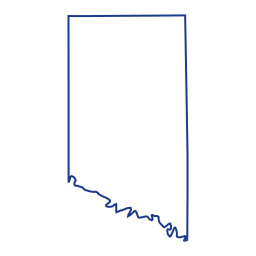 Matacos, Formosa, Argentina
{"feature_id": "61730980B89566951406384", "entity_name": "Matacos", "entity_type": "district", "adm_level": 2, "iso_a3": "ARG", "parent_name": "Argentina", "parent_adm1": "Formosa", "projection": "robinson", "projection_center": [-62.047, -23.907], "detail": "fine", "context": "isolated", "style": "outline", "palette": "blue", "viewbox_px": 256, "rotation_deg": 0, "n_neighbors": 0, "source": "geoboundaries", "source_scale": "gbopen_adm2", "svg_char_len": 2688}
<svg xmlns="http://www.w3.org/2000/svg" viewBox="0 0 256 256"><path d="M68.5,16.0L68.6,111.3L68.6,180.5L68.6,182.5L69.9,179.1L70.5,176.7L71.7,176.1L72.7,176.6L73.4,176.9L73.9,177.2L74.4,177.9L74.7,178.3L75.2,179.0L75.6,180.1L75.7,180.7L75.0,181.7L74.5,182.6L74.4,183.9L74.7,185.0L74.8,185.4L75.7,185.6L77.5,185.9L77.8,185.9L79.8,186.7L81.2,187.0L82.3,187.5L83.1,187.9L84.0,189.1L84.3,189.5L84.5,189.6L85.9,190.1L87.2,190.6L88.4,191.0L89.6,191.2L90.3,191.4L91.4,191.7L92.8,191.7L93.2,191.8L93.8,192.0L94.6,191.8L95.6,191.7L96.1,191.8L96.5,192.0L96.8,192.2L97.7,192.6L98.0,192.9L98.0,193.4L98.6,194.1L100.8,195.3L102.4,196.2L103.7,196.8L105.0,197.3L106.0,197.7L106.1,197.8L107.2,198.4L108.6,199.3L109.9,200.3L110.1,201.4L109.4,202.4L108.1,203.4L107.3,203.9L106.4,204.6L106.0,205.8L107.7,206.8L109.6,206.8L110.5,206.7L111.9,206.5L113.0,205.9L114.6,204.6L116.2,204.1L116.1,206.2L116.3,208.3L116.2,210.1L116.4,212.2L119.0,211.3L119.7,210.8L120.2,210.6L120.9,210.4L121.4,210.5L122.2,210.3L123.8,209.5L127.9,208.0L129.0,208.0L130.7,207.8L131.0,209.2L130.6,210.8L130.2,211.3L129.8,212.1L129.3,213.1L128.5,214.4L128.1,216.2L129.9,215.3L133.2,212.3L134.6,211.1L135.3,210.9L136.0,211.7L136.7,213.1L137.0,213.8L137.1,214.1L137.2,214.7L137.6,215.6L138.0,217.0L138.3,217.2L138.8,217.6L139.5,217.7L141.0,217.5L142.1,217.4L143.0,217.0L143.7,216.8L144.9,216.6L145.7,216.5L146.8,216.4L148.3,217.5L148.8,218.4L149.3,218.8L149.6,219.0L149.8,219.3L150.1,219.6L150.7,219.9L151.3,220.1L152.0,220.2L152.6,219.2L152.1,217.0L151.7,215.5L152.2,214.9L153.7,215.5L154.1,216.0L154.8,216.1L155.4,216.2L156.1,216.0L156.8,215.9L158.5,216.8L158.6,219.0L158.8,220.1L158.9,220.6L159.0,221.3L159.8,222.8L160.3,223.5L161.2,224.3L161.8,224.9L162.9,226.2L163.8,227.1L164.1,227.3L165.2,226.7L166.3,226.0L166.8,225.6L167.3,225.3L167.7,224.8L168.2,224.4L169.3,223.6L170.2,223.6L171.0,225.9L171.0,228.6L170.1,229.7L167.8,229.2L167.2,230.3L167.5,232.6L167.7,233.4L167.9,234.2L168.2,234.7L168.8,235.5L170.0,236.5L170.8,236.0L171.2,235.0L171.6,234.2L171.8,233.7L172.2,233.0L172.6,232.3L172.8,231.5L173.2,230.6L173.7,229.2L174.6,227.6L175.1,227.5L175.4,227.8L176.1,229.3L176.3,230.0L176.5,231.0L176.8,232.1L176.9,233.0L176.9,234.1L176.8,235.5L176.8,236.4L176.8,236.5L177.9,237.1L179.2,237.3L179.9,237.4L181.4,237.1L181.9,236.9L182.7,236.6L183.8,236.4L184.2,236.2L184.6,236.0L185.1,236.1L185.6,236.6L185.4,237.2L185.3,237.9L184.4,239.7L184.0,240.2L184.1,240.6L185.6,240.6L187.2,239.9L187.2,238.9L187.2,236.9L187.3,236.3L187.4,210.4L187.4,210.2L187.5,197.7L187.5,193.7L187.5,169.9L187.5,155.0L187.2,134.0L187.1,129.1L187.0,126.6L186.9,116.7L185.2,18.4L185.2,15.4L82.3,16.1L68.5,16.0Z" fill="none" stroke="#1e3a8a" stroke-width="2"/></svg>